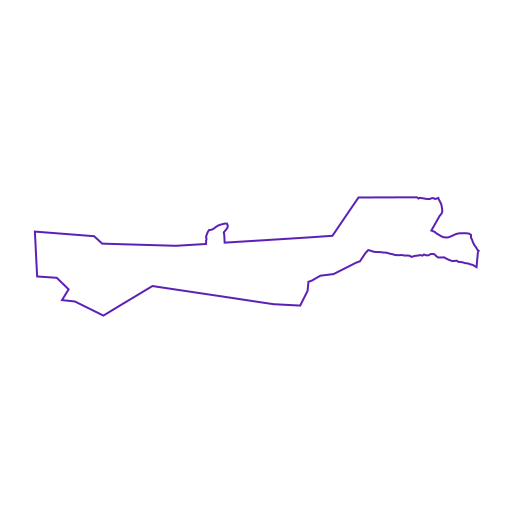 outline of Ribeira do Piauí, Piauí, Brazil, rotated 273°
{"feature_id": "56859067B13441399053941", "entity_name": "Ribeira do Piauí", "entity_type": "district", "adm_level": 2, "iso_a3": "BRA", "parent_name": "Brazil", "parent_adm1": "Piauí", "projection": "equal_earth", "projection_center": [-42.577, -7.944], "detail": "fine", "context": "isolated", "style": "outline", "palette": "violet", "viewbox_px": 512, "rotation_deg": 273, "n_neighbors": 0, "source": "geoboundaries", "source_scale": "gbopen_adm2", "svg_char_len": 1981}
<svg xmlns="http://www.w3.org/2000/svg" viewBox="0 0 512 512"><g transform="rotate(273 256 256)"><path d="M256.4,476.8L271.4,477.4L272.8,478.1L273.8,476.7L275.9,475.5L278.4,473.4L281.3,471.8L283.6,470.9L285.4,469.8L288.3,469.6L289.4,467.9L289.7,465.6L289.7,463.7L289.5,460.6L289.3,457.8L288.8,455.8L288.0,453.7L286.7,451.4L285.3,448.5L284.5,446.5L284.5,442.6L285.0,440.9L285.8,439.2L287.5,436.0L288.4,434.5L289.4,433.3L290.6,429.8L305.7,437.3L307.9,439.0L310.0,439.7L312.8,439.4L314.3,439.1L316.6,438.5L318.2,437.9L321.9,435.7L323.5,435.0L322.3,432.1L323.1,429.9L322.8,428.1L322.0,426.5L321.9,423.2L322.2,421.0L322.7,416.8L321.9,415.3L323.0,413.7L322.6,405.6L319.8,355.3L295.3,340.4L280.2,331.3L277.6,310.1L272.9,269.6L267.7,224.0L274.4,223.3L275.9,223.1L277.9,222.6L281.0,224.9L282.8,226.0L284.6,226.3L286.8,225.3L286.7,223.0L285.6,219.4L284.8,217.3L283.3,214.9L282.0,213.4L280.6,211.7L279.9,210.1L279.4,207.7L277.0,206.4L274.8,205.7L272.5,205.1L270.5,205.7L268.9,205.4L265.4,205.5L262.0,175.5L260.8,123.9L260.3,101.8L267.3,93.3L268.8,33.9L252.6,35.6L251.3,35.7L224.1,38.5L223.8,58.2L212.9,70.6L201.8,64.6L201.1,77.5L188.5,106.7L197.5,119.9L220.6,154.2L220.1,159.0L215.6,205.7L210.0,263.4L209.8,265.3L208.8,276.0L208.8,302.7L223.8,309.3L227.9,309.5L233.0,309.7L234.2,312.8L239.7,321.3L242.0,334.4L244.7,339.1L254.5,356.2L256.2,360.1L261.2,363.1L264.7,365.2L267.8,367.8L267.3,370.2L266.6,372.5L266.3,374.5L266.3,377.2L266.4,380.4L266.1,383.3L266.2,385.5L265.9,387.5L265.3,389.2L265.0,392.0L264.4,394.2L264.2,396.1L264.3,398.7L264.6,401.3L264.2,404.7L264.4,406.5L264.3,409.5L263.2,411.2L263.8,412.8L264.4,414.6L264.9,417.6L265.5,420.1L265.1,422.2L266.3,423.7L265.6,425.7L265.7,428.1L267.1,430.4L267.3,433.2L266.5,434.8L265.3,436.0L264.1,437.8L264.2,441.2L264.5,443.9L263.2,446.5L262.1,449.3L261.2,452.3L261.8,456.8L260.7,458.4L260.7,460.3L260.5,462.8L259.8,465.0L259.7,467.7L259.0,470.2L258.4,473.1L257.2,475.2L256.4,476.8Z" fill="none" stroke="#5b21b6" stroke-width="2"/></g></svg>